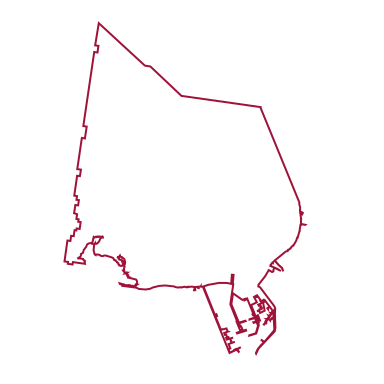 75, Al Khawr, Qatar, rotated 98°
{"feature_id": "91078587B7321304158437", "entity_name": "75", "entity_type": "district", "adm_level": 2, "iso_a3": "QAT", "parent_name": "Qatar", "parent_adm1": "Al Khawr", "projection": "natural_earth1", "projection_center": [51.575, 25.836], "detail": "fine", "context": "isolated", "style": "outline", "palette": "rose", "viewbox_px": 384, "rotation_deg": 98, "n_neighbors": 0, "source": "geoboundaries", "source_scale": "gbopen_adm2", "svg_char_len": 6066}
<svg xmlns="http://www.w3.org/2000/svg" viewBox="0 0 384 384"><g transform="rotate(98 192 192)"><path d="M37.8,307.8L60.3,308.3L60.3,305.0L67.0,305.0L67.0,308.3L141.8,308.8L141.9,305.4L153.9,305.5L153.8,308.6L185.3,308.8L185.3,305.1L191.9,305.2L191.9,308.0L212.0,308.1L212.1,305.3L215.8,305.3L215.8,302.9L221.1,302.9L221.1,305.7L229.4,305.8L230.0,302.7L234.8,302.7L234.8,300.5L237.3,300.5L237.3,298.1L244.2,298.1L244.2,301.2L246.2,301.2L246.2,303.0L252.2,303.0L252.2,305.6L257.4,305.6L257.4,308.6L278.5,308.6L278.5,305.0L280.4,305.0L280.4,300.2L278.0,300.2L278.0,288.0L276.6,288.5L275.8,288.1L275.7,287.5L275.7,288.0L274.8,288.8L274.8,289.7L273.5,290.5L273.4,293.2L273.6,295.1L273.4,295.2L273.9,296.3L271.5,293.5L269.3,293.0L268.8,293.3L267.4,291.5L264.4,291.1L261.1,289.2L258.4,288.5L257.3,287.1L256.2,283.9L256.5,283.6L257.2,284.4L256.8,283.9L257.3,283.6L257.1,283.0L256.2,283.6L250.2,283.1L250.7,282.2L249.7,281.1L249.4,279.8L249.9,280.1L249.8,279.2L248.9,277.0L249.1,276.5L248.8,275.0L248.1,273.7L249.3,274.7L249.5,273.0L249.6,274.7L250.5,276.2L253.6,277.0L255.9,278.4L256.6,279.3L256.5,280.4L255.9,280.7L258.3,281.5L263.2,281.4L267.2,279.8L267.8,278.7L267.3,278.7L267.0,276.5L267.2,274.8L268.0,273.0L267.9,271.3L267.3,270.5L266.9,268.8L267.9,262.3L268.6,260.6L270.2,259.6L270.3,258.2L270.7,258.2L271.6,256.6L272.1,256.5L272.6,255.2L273.4,255.1L274.1,254.0L274.8,254.0L275.1,251.8L274.8,250.9L272.1,250.0L271.2,250.1L271.4,251.1L270.2,251.5L270.7,250.8L270.6,250.1L270.1,250.6L270.1,251.8L269.2,252.1L269.0,254.7L268.1,255.0L268.1,255.5L266.9,256.0L266.9,256.4L266.6,256.4L266.3,255.2L264.9,254.5L266.1,253.8L266.1,252.5L266.8,252.3L267.1,250.8L268.1,249.5L271.2,248.3L275.0,248.8L275.5,248.3L277.3,248.8L278.9,248.3L279.3,249.4L281.1,247.5L280.9,246.5L282.0,247.2L281.3,245.0L282.2,245.8L283.1,243.8L284.0,244.1L284.1,243.3L284.7,243.1L284.5,244.1L285.0,243.8L285.2,242.4L285.6,242.6L285.4,241.4L285.8,241.4L286.5,235.1L287.7,234.2L290.4,233.5L291.0,233.9L291.0,235.3L291.2,234.8L291.9,235.1L291.7,233.9L292.4,234.7L293.5,234.6L293.6,236.8L293.1,237.5L293.5,240.5L293.0,240.5L293.0,241.9L293.5,241.9L293.4,243.9L293.9,243.9L293.8,245.3L293.1,246.1L292.5,251.0L293.1,250.7L293.7,248.0L294.6,248.0L294.5,233.9L295.4,231.0L295.0,224.4L293.7,220.0L292.0,217.5L289.6,211.6L288.3,205.5L288.0,196.5L288.4,195.5L288.6,192.9L287.8,189.7L288.1,189.4L286.8,186.1L287.1,184.9L286.5,183.1L286.9,183.1L285.9,180.1L285.7,177.7L286.2,175.8L288.0,175.4L288.2,176.3L288.6,176.3L288.4,175.4L288.7,175.3L288.9,176.3L289.0,176.3L288.8,175.1L285.7,175.7L285.1,172.6L286.2,172.5L286.2,172.1L284.9,172.5L284.8,171.9L285.6,171.7L284.8,171.8L284.6,171.2L284.6,170.4L285.0,170.4L284.5,170.2L285.3,170.1L284.4,169.9L284.2,168.1L346.2,132.4L341.9,125.9L343.8,123.5L343.5,123.4L341.6,125.3L338.9,122.1L341.0,125.2L341.2,126.5L342.8,128.5L343.4,128.5L345.8,132.2L342.7,134.1L341.6,132.3L337.5,134.6L334.4,128.7L335.9,131.8L334.2,132.8L334.0,132.5L332.0,133.9L330.4,131.0L333.3,137.0L331.7,137.9L330.2,134.9L331.0,137.1L328.4,138.3L328.9,139.5L327.1,140.5L325.2,136.9L325.1,137.4L322.3,138.9L323.8,142.4L323.6,142.7L324.2,144.4L312.0,151.4L311.3,149.9L309.6,150.9L310.4,152.3L284.3,167.3L283.7,167.0L281.6,162.8L278.2,152.3L277.2,144.5L277.5,140.4L268.4,141.0L268.3,140.1L269.2,140.0L269.5,139.7L269.9,140.0L277.4,139.4L276.7,139.2L269.4,139.6L268.5,139.9L268.4,139.3L276.7,138.9L277.3,138.3L297.9,138.4L313.7,129.4L314.0,129.9L323.4,124.5L325.1,128.0L325.8,127.6L321.8,119.1L321.0,119.5L322.6,122.9L321.5,123.5L321.2,122.9L318.3,124.6L318.6,125.3L315.4,127.1L312.4,120.9L312.0,121.2L314.9,127.3L297.7,137.4L286.6,137.3L291.8,127.2L291.1,125.8L292.1,125.1L291.4,124.0L290.4,124.5L290.8,124.0L290.3,124.3L289.7,122.6L304.3,114.2L304.7,115.0L305.5,114.5L305.2,113.8L307.6,112.3L310.0,117.3L310.3,117.3L308.1,112.1L311.2,110.3L312.4,113.1L313.0,112.7L311.7,110.0L315.2,108.0L323.0,109.1L325.9,115.3L326.3,115.3L323.2,108.7L314.4,107.3L311.8,108.9L312.2,106.8L311.6,108.8L311.0,109.3L310.4,108.6L309.8,106.8L309.1,107.2L310.2,109.5L308.6,110.4L307.6,108.5L307.7,108.0L307.0,108.4L307.5,108.6L308.3,110.6L306.7,111.5L305.6,109.1L304.9,109.5L306.1,111.8L295.7,117.7L292.2,112.4L287.3,116.0L285.2,113.3L286.3,112.1L286.8,112.5L286.6,111.8L289.7,108.9L290.0,109.3L290.5,109.0L292.1,107.2L294.4,110.7L295.4,109.9L294.6,108.7L295.9,107.6L296.3,107.8L296.1,107.4L297.3,106.5L297.8,106.5L300.4,110.3L300.7,110.2L300.2,109.1L300.4,108.8L302.3,107.8L299.4,103.5L291.7,106.2L290.9,105.4L289.6,106.9L288.8,106.0L289.6,105.2L289.1,104.8L294.8,99.1L296.6,101.2L297.3,100.5L296.6,100.7L295.0,98.8L298.0,96.0L298.9,95.8L300.7,96.8L300.8,97.3L301.2,96.8L304.1,98.2L303.9,98.8L304.4,98.4L306.9,99.6L307.3,99.9L307.4,100.5L307.7,99.9L310.1,101.4L311.0,101.2L312.5,101.9L313.2,102.2L312.9,103.3L313.4,102.4L313.9,102.5L311.3,101.0L311.7,100.3L311.4,100.1L310.7,100.8L298.9,94.9L305.0,93.8L305.5,94.4L305.2,94.7L305.6,95.2L305.9,95.0L307.8,97.4L308.4,96.7L307.8,96.7L305.6,93.9L305.7,93.5L316.3,91.4L317.8,91.5L330.4,99.5L328.5,103.3L330.8,99.8L334.6,102.8L334.9,102.7L338.1,104.9L342.6,106.3L343.1,106.0L337.7,104.3L318.5,90.7L314.9,90.5L301.2,92.9L296.2,93.3L294.8,93.9L293.4,94.8L277.5,110.7L276.7,111.6L276.3,113.2L274.5,113.2L265.2,107.8L258.6,105.1L260.1,101.6L259.8,100.9L259.1,100.3L257.8,100.6L255.6,99.8L257.8,93.0L255.9,97.7L254.4,103.9L253.5,103.5L253.3,104.0L250.8,102.6L251.0,102.1L250.7,102.2L248.4,100.6L252.4,96.0L254.4,92.8L254.8,92.4L255.1,93.0L255.0,92.3L257.9,90.5L254.5,92.4L252.3,95.9L248.3,100.5L237.9,90.9L237.2,89.1L236.0,88.9L236.0,88.4L234.4,87.1L234.4,86.7L232.8,86.0L231.0,84.7L231.0,84.2L225.7,82.0L222.5,81.5L222.5,81.0L215.7,80.1L215.6,79.0L215.6,79.9L215.1,80.1L209.0,80.0L208.6,79.6L208.9,79.2L208.6,79.1L208.7,78.7L208.8,75.3L208.7,75.2L208.4,79.6L203.3,80.4L202.9,79.3L203.1,80.3L198.7,81.6L198.5,80.0L198.9,80.7L198.6,79.8L197.3,79.3L197.1,79.8L197.5,79.5L198.1,79.7L196.8,80.3L197.0,82.1L194.8,82.6L194.7,82.1L194.7,82.5L192.3,82.7L189.3,84.0L187.3,84.3L99.1,135.8L98.4,135.8L98.3,215.8L73.5,250.7L73.4,256.3L37.8,307.8Z" fill="none" stroke="#9f1239" stroke-width="2"/></g></svg>